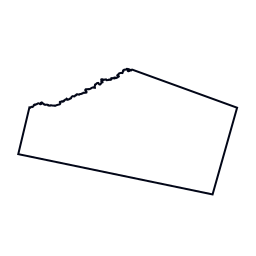 Alberta, orthographic projection, rotated 107°
{"feature_id": "CAN-632", "entity_name": "Alberta", "entity_type": "Province", "adm_level": 1, "iso_a3": "CAN", "parent_name": "Canada", "parent_adm1": "", "projection": "orthographic", "projection_center": [-116.491, 54.496], "detail": "fine", "context": "isolated", "style": "outline", "palette": "ink", "viewbox_px": 256, "rotation_deg": 107, "n_neighbors": 0, "source": "natural_earth", "source_scale": "10m", "svg_char_len": 5113}
<svg xmlns="http://www.w3.org/2000/svg" viewBox="0 0 256 256"><g transform="rotate(107 128 128)"><path d="M185.1,225.3L137.1,228.3L137.1,228.2L137.3,227.9L137.4,227.6L137.2,227.3L137.0,227.2L136.8,227.2L136.6,227.1L136.4,227.0L136.0,226.6L135.9,226.4L135.9,226.1L135.9,225.8L135.9,225.6L135.1,224.9L134.5,224.9L134.0,224.7L133.7,224.8L133.5,224.7L133.3,224.6L133.1,224.4L133.1,224.2L133.3,224.0L133.3,223.8L133.2,223.7L132.6,223.6L132.5,223.1L132.2,222.8L132.1,222.4L131.9,222.2L131.6,222.1L131.3,221.7L131.1,221.6L130.8,221.3L130.6,220.9L130.5,220.4L130.6,219.9L130.9,219.1L130.9,218.7L130.7,218.4L130.4,218.6L130.2,218.6L129.8,218.5L129.4,218.6L129.3,218.3L129.0,218.1L128.8,218.0L128.8,217.9L128.8,217.7L128.9,217.3L129.0,217.2L129.5,217.1L129.5,216.9L129.5,216.7L129.7,216.1L129.6,215.9L129.9,215.6L130.0,215.3L129.9,215.1L129.8,214.8L129.8,214.7L130.0,214.5L130.1,214.4L130.1,214.2L129.9,213.5L129.5,212.8L129.4,212.4L129.3,212.1L129.3,211.8L129.3,211.4L129.3,211.2L129.7,211.1L129.8,210.9L129.8,210.7L129.6,210.2L129.5,209.4L129.5,209.2L129.3,209.1L129.2,209.1L129.0,208.5L128.8,208.4L128.8,208.2L128.7,208.0L128.7,207.5L128.7,207.0L128.6,206.8L128.4,206.3L128.4,206.1L128.3,205.3L127.9,204.6L127.9,204.4L128.1,204.2L127.9,203.8L127.6,203.6L127.1,203.1L126.8,202.6L126.2,201.7L125.7,200.8L125.4,200.4L125.3,200.2L125.1,200.1L124.3,199.9L123.9,200.0L123.6,200.1L123.4,200.4L123.4,200.6L123.2,200.8L122.9,200.7L122.7,200.1L122.1,199.5L121.8,199.1L121.8,198.9L122.0,198.8L122.1,198.6L122.0,198.2L121.8,197.9L121.5,197.5L121.4,197.4L121.0,197.7L120.9,197.7L120.6,197.2L120.4,196.9L120.0,196.9L119.8,196.6L119.6,196.5L119.3,196.4L119.1,196.2L118.8,195.6L118.6,195.5L118.2,195.4L117.9,195.3L118.0,194.9L118.1,194.7L118.7,194.6L118.8,194.4L118.7,194.3L118.5,194.1L118.4,193.9L118.3,193.4L118.2,193.2L117.9,193.1L117.7,192.9L117.6,192.6L117.4,192.3L116.9,192.2L116.7,192.0L116.6,191.9L116.5,191.4L116.4,191.3L116.2,191.2L115.0,191.1L114.7,191.0L114.1,190.6L113.8,190.4L113.7,190.1L113.6,189.8L113.6,189.1L113.6,188.7L113.3,188.3L112.9,188.2L112.5,188.1L112.2,187.9L112.1,187.4L111.8,187.2L111.4,187.2L111.2,187.2L110.8,186.9L110.8,186.7L110.7,186.6L110.8,186.3L110.7,186.2L110.5,185.9L110.4,185.4L110.5,185.0L110.5,184.6L110.3,184.3L109.7,184.0L109.5,183.8L109.4,183.4L109.3,182.9L109.1,182.7L108.7,182.4L108.5,182.2L108.4,181.7L108.1,181.4L107.6,181.2L107.4,181.1L107.2,180.7L107.1,180.3L107.1,179.9L107.0,179.6L106.9,179.5L106.8,179.3L106.6,179.0L106.6,178.9L106.6,178.7L106.4,178.3L106.3,178.2L106.2,178.1L105.8,178.2L105.4,178.3L104.9,178.9L104.7,179.2L104.6,179.3L104.8,179.5L104.6,179.8L104.3,179.9L103.9,180.0L103.6,179.9L103.3,179.7L103.2,179.3L103.0,178.9L102.8,178.2L102.7,178.0L102.7,177.8L102.7,177.6L102.4,177.4L102.3,177.1L102.3,176.6L102.2,176.4L102.1,176.2L101.8,175.9L101.4,175.3L101.2,175.1L100.6,174.8L100.4,174.7L100.0,174.1L99.8,173.9L99.7,173.8L99.6,173.7L99.5,173.1L99.4,173.0L99.4,172.7L99.4,172.1L99.3,171.8L99.2,171.4L98.9,171.5L98.8,171.9L98.5,172.2L98.0,172.2L97.2,171.9L96.9,171.9L96.5,172.1L96.1,172.2L95.8,172.0L95.6,171.6L95.3,171.3L95.0,171.1L94.7,171.1L94.3,170.9L94.1,170.6L93.6,169.8L93.6,169.5L93.9,169.2L94.3,168.9L94.5,168.6L94.7,168.2L94.7,167.8L94.6,167.5L94.4,167.2L93.9,167.0L92.9,166.8L92.4,166.5L92.0,166.0L91.8,165.7L91.6,165.7L91.5,165.8L91.5,166.0L91.4,166.3L91.2,166.4L91.2,166.5L91.3,166.8L91.3,167.0L91.2,167.1L91.0,167.3L90.6,167.3L90.3,167.3L90.0,167.3L89.6,167.7L89.4,167.8L89.2,167.7L89.1,167.2L88.9,166.8L88.9,166.6L88.9,166.4L89.0,166.2L89.3,166.1L89.4,165.9L89.4,165.7L89.0,165.5L88.8,165.3L88.7,165.1L88.6,164.8L88.7,164.5L88.7,164.3L88.6,164.1L88.3,163.9L88.2,163.8L88.1,163.7L88.0,163.4L87.9,163.1L88.0,162.9L88.3,162.6L88.5,162.4L88.4,162.2L88.3,161.8L88.1,161.5L88.0,161.2L87.9,160.9L87.7,160.6L87.4,160.5L87.2,160.3L87.1,160.1L87.3,159.7L87.3,159.2L87.2,159.1L86.8,158.9L86.7,158.8L86.7,158.4L86.6,158.2L86.3,158.1L86.1,158.2L85.8,158.3L85.4,158.4L85.3,158.5L85.1,158.3L85.0,157.9L85.0,157.5L84.8,157.2L84.6,156.9L84.6,156.6L84.7,156.4L84.7,156.0L84.6,155.6L84.4,155.6L84.2,155.5L84.1,155.1L83.9,155.1L83.6,155.3L83.5,155.0L83.5,154.8L83.8,154.5L83.8,154.3L83.8,154.1L83.6,153.8L82.8,152.9L82.5,152.6L82.1,152.4L81.9,152.3L81.6,151.9L81.4,151.8L81.2,151.9L81.1,152.0L81.1,152.5L80.9,152.8L80.9,153.0L81.0,153.4L81.0,153.6L80.8,153.7L80.6,153.6L80.3,153.3L80.2,153.3L79.8,153.2L79.7,153.1L79.5,152.8L79.3,152.7L79.1,152.7L78.8,152.5L78.5,152.5L78.3,152.4L78.2,152.3L78.0,151.9L77.4,150.9L77.3,150.5L77.2,150.1L77.2,149.7L77.1,149.4L76.9,149.3L76.7,149.3L76.4,149.5L76.2,149.5L75.6,149.3L75.0,149.0L74.8,149.0L74.7,149.1L74.5,149.5L74.4,149.5L73.6,148.9L73.3,148.6L73.2,148.3L72.9,147.3L72.7,146.9L72.5,146.6L72.3,146.5L72.0,146.6L71.9,146.6L71.7,146.3L71.7,146.1L71.7,145.9L71.9,145.7L71.8,145.3L71.6,145.0L71.5,144.8L71.5,144.6L71.8,144.6L72.0,144.6L72.9,144.9L73.4,144.9L73.6,144.6L73.6,144.2L73.4,143.9L73.1,143.5L72.9,143.1L72.6,143.0L72.4,143.2L72.2,142.9L71.9,142.9L71.7,142.7L71.9,141.9L71.9,141.7L71.3,141.5L71.1,141.4L71.0,141.1L70.9,140.8L71.0,140.1L76.7,29.6L166.8,27.7L185.1,225.3Z" fill="none" stroke="#020617" stroke-width="2"/></g></svg>